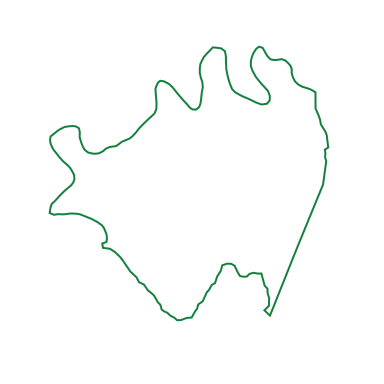 Paula Freitas, Paraná, Brazil, rotated 168°
{"feature_id": "56859067B24450380126830", "entity_name": "Paula Freitas", "entity_type": "district", "adm_level": 2, "iso_a3": "BRA", "parent_name": "Brazil", "parent_adm1": "Paraná", "projection": "natural_earth1", "projection_center": [-50.843, -26.173], "detail": "fine", "context": "isolated", "style": "outline", "palette": "green", "viewbox_px": 384, "rotation_deg": 168, "n_neighbors": 0, "source": "geoboundaries", "source_scale": "gbopen_adm2", "svg_char_len": 2843}
<svg xmlns="http://www.w3.org/2000/svg" viewBox="0 0 384 384"><g transform="rotate(168 192 192)"><path d="M335.6,201.0L331.7,198.4L327.7,198.2L322.1,196.8L315.1,196.2L310.2,195.0L306.2,193.5L295.5,186.3L290.4,181.9L287.0,178.1L285.5,174.7L284.4,168.1L284.9,164.1L286.1,160.9L290.5,160.2L290.7,155.9L284.0,153.5L279.8,149.2L276.2,144.0L274.2,140.1L268.9,127.1L264.0,120.1L262.6,114.8L258.3,111.5L255.6,105.0L252.5,101.2L250.7,98.7L248.2,91.0L246.4,88.3L246.1,83.2L243.9,80.9L241.2,79.0L239.2,75.9L235.1,72.4L233.4,69.8L229.6,69.0L223.3,69.9L218.4,69.3L214.0,74.4L211.4,76.6L209.3,80.7L204.2,82.9L198.4,90.8L195.6,92.8L192.1,96.9L188.4,98.1L184.9,104.2L180.4,108.7L177.6,114.0L172.5,114.6L168.6,113.6L165.7,111.0L164.0,104.0L162.5,99.8L159.3,98.4L155.9,97.9L152.9,99.9L148.6,100.2L144.3,98.4L141.1,97.9L140.4,85.3L138.3,81.7L139.1,77.1L138.6,72.1L140.4,64.7L145.8,61.2L141.4,54.9L105.7,108.3L97.4,120.6L62.3,172.0L54.3,194.2L54.6,198.3L53.4,202.4L53.2,205.8L49.5,207.2L48.4,219.6L49.0,223.3L51.9,231.5L51.7,235.8L52.2,240.3L53.8,247.9L50.5,263.9L54.3,267.4L58.3,269.9L61.9,271.8L65.7,275.0L68.1,278.5L69.3,282.3L69.8,287.4L68.9,291.3L69.5,295.2L71.6,298.8L73.8,301.6L76.7,303.3L80.5,303.5L84.3,304.0L87.7,305.5L90.1,309.5L91.6,314.0L92.9,318.3L96.2,320.2L99.4,318.7L103.1,315.0L105.4,311.5L107.2,307.9L108.2,303.3L107.8,298.7L106.6,294.6L105.6,291.3L104.0,288.0L102.0,284.1L100.0,280.8L98.4,277.9L96.7,275.0L95.9,269.8L97.0,265.4L100.2,262.8L105.7,263.1L110.6,266.1L115.3,269.8L118.2,272.0L122.1,274.7L124.8,276.8L128.9,280.5L131.3,284.1L132.0,287.6L132.6,291.5L132.9,295.5L133.0,299.8L132.9,304.9L131.6,312.9L130.6,318.0L130.5,322.9L133.6,326.4L138.1,328.1L141.6,329.1L145.2,326.6L148.7,324.3L152.1,321.8L154.7,318.7L157.2,315.5L158.8,310.8L159.6,306.9L159.6,302.0L159.0,297.2L159.7,292.1L161.8,287.1L163.9,280.6L165.4,276.6L167.4,273.5L170.9,271.8L174.4,272.7L176.6,275.0L178.5,278.6L180.9,282.6L183.6,287.5L185.7,291.3L187.5,295.0L189.4,298.7L191.9,302.3L196.1,305.9L199.9,307.4L202.5,306.1L204.6,303.3L206.3,300.5L206.9,296.5L207.6,290.8L208.3,285.8L209.7,280.5L212.3,276.6L215.5,274.7L218.2,273.1L221.2,271.3L225.0,268.9L228.5,266.6L231.0,264.9L233.8,262.4L236.2,260.6L238.9,258.8L241.8,257.3L246.4,256.4L250.2,255.7L253.7,254.0L256.6,252.7L259.8,252.9L263.3,253.1L267.2,252.3L270.5,250.4L275.0,249.2L279.1,249.6L281.8,250.5L285.5,252.3L288.3,255.8L289.3,259.1L290.0,262.8L290.5,268.9L289.3,274.0L289.3,277.8L291.9,280.3L295.2,281.4L299.3,281.9L303.1,282.1L306.1,281.3L308.8,280.6L311.5,279.4L315.3,277.5L318.8,275.7L320.0,272.5L320.3,269.1L319.7,265.8L318.6,261.9L316.8,258.5L314.9,254.5L311.7,248.8L308.4,244.6L306.2,240.9L304.9,237.3L303.8,233.2L304.2,229.4L306.2,225.9L309.2,223.4L312.4,221.8L315.9,219.9L319.8,217.5L323.1,215.2L327.5,212.0L331.7,209.5L333.8,205.9L335.6,201.0Z" fill="none" stroke="#15803d" stroke-width="2"/></g></svg>